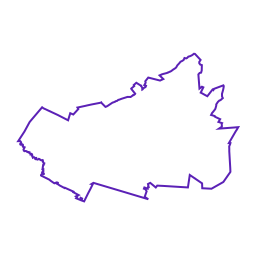 Ocampo, Coahuila, Mexico (Albers equal-area conic projection), rotated 268°
{"feature_id": "50627088B78546697072074", "entity_name": "Ocampo", "entity_type": "district", "adm_level": 2, "iso_a3": "MEX", "parent_name": "Mexico", "parent_adm1": "Coahuila", "projection": "albers", "projection_center": [-103.054, 28.057], "detail": "fine", "context": "isolated", "style": "outline", "palette": "violet", "viewbox_px": 256, "rotation_deg": 268, "n_neighbors": 0, "source": "geoboundaries", "source_scale": "gbopen_adm2", "svg_char_len": 5160}
<svg xmlns="http://www.w3.org/2000/svg" viewBox="0 0 256 256"><g transform="rotate(268 128 128)"><path d="M84.2,228.8L101.1,228.4L103.9,228.5L106.1,228.5L108.3,229.5L109.3,229.8L109.4,228.3L111.8,229.8L121.2,235.7L122.4,236.6L125.0,238.2L124.8,234.3L124.2,218.9L125.8,221.5L126.4,221.9L128.5,221.8L128.9,221.8L129.6,222.2L130.9,218.6L133.6,220.4L135.9,215.9L136.5,215.0L137.0,215.0L138.1,211.5L140.0,212.5L141.3,213.7L143.8,215.8L145.1,216.3L147.4,217.0L148.5,217.0L151.0,218.8L152.3,220.3L152.6,221.4L154.6,223.8L156.1,223.1L158.8,223.1L162.2,224.2L163.6,224.6L165.9,225.1L166.8,225.1L167.3,224.8L164.2,215.5L163.2,214.8L163.8,214.5L163.7,214.0L157.0,208.4L158.5,205.8L160.2,203.0L160.8,201.9L166.0,204.7L166.7,203.3L164.9,200.8L179.1,200.2L180.5,201.5L180.8,203.0L183.0,203.7L188.3,204.0L188.8,202.5L190.2,201.5L191.5,201.5L193.5,202.9L199.7,197.5L199.9,196.5L198.6,194.7L197.7,192.8L197.2,190.8L196.0,189.6L195.5,188.5L196.0,186.9L194.1,186.0L193.2,184.6L192.4,182.8L190.9,181.5L188.9,179.5L188.1,179.0L186.9,178.3L186.2,177.5L185.2,175.9L185.1,175.6L183.4,173.2L182.8,172.0L182.8,171.7L182.2,170.4L182.0,170.0L182.0,169.5L181.7,169.1L181.4,167.9L181.2,166.9L181.0,166.1L180.8,165.0L180.6,164.5L180.5,163.9L179.5,161.4L175.7,165.0L174.3,161.7L177.7,150.0L174.1,146.9L172.6,147.2L170.3,145.8L169.6,147.5L168.8,147.2L168.2,146.8L168.2,146.4L167.8,145.9L167.7,145.6L167.3,145.0L166.0,143.8L165.9,143.6L167.8,143.6L168.7,143.1L169.7,142.7L169.6,142.4L170.0,142.2L172.9,137.9L170.7,135.2L169.7,135.7L167.7,133.1L167.3,132.6L166.9,132.7L162.0,136.4L161.7,136.2L161.2,135.6L161.2,135.4L160.9,135.2L160.8,134.9L160.6,134.5L160.7,134.2L160.3,133.9L160.1,133.5L158.9,131.7L159.1,128.6L157.4,122.5L156.5,119.9L156.5,119.4L156.3,119.2L156.1,118.7L155.6,118.2L155.4,117.8L155.3,117.2L155.2,116.6L154.9,116.1L154.6,115.8L154.6,115.5L154.4,115.0L154.2,114.6L154.1,114.3L154.1,114.1L153.9,113.4L150.8,108.4L150.2,107.2L149.9,106.2L154.0,102.4L154.5,102.2L154.4,102.0L154.1,100.8L152.8,92.5L151.9,87.5L151.7,86.6L150.2,78.2L148.7,79.0L143.4,73.8L144.8,70.8L137.8,68.4L143.5,58.2L150.7,44.1L151.7,42.9L139.2,31.5L137.4,29.9L128.1,24.4L118.7,17.8L118.7,18.0L118.8,18.2L118.8,18.4L118.7,18.6L118.8,18.7L119.0,18.8L119.1,19.0L119.0,19.4L118.9,19.5L118.7,19.7L118.2,20.0L118.1,20.3L117.8,20.4L117.7,20.4L117.5,20.6L117.4,20.6L117.1,20.7L116.5,20.8L116.4,20.7L116.1,20.2L115.9,20.1L115.7,19.7L115.4,19.8L115.1,20.0L115.1,20.5L115.3,20.8L115.3,21.2L115.3,21.4L115.2,21.5L114.8,21.7L114.9,22.2L115.0,22.3L114.9,22.4L114.6,22.4L114.4,22.2L113.7,22.1L113.3,22.6L113.1,22.6L113.0,22.4L112.9,22.4L112.7,22.7L112.7,22.8L112.7,23.1L112.5,23.4L112.4,23.4L112.3,23.5L112.2,23.7L112.3,23.9L112.3,24.0L112.1,24.0L112.0,23.9L111.9,23.7L111.6,23.6L111.3,23.4L111.0,23.2L110.8,23.2L110.4,22.9L110.2,22.8L109.7,22.9L109.4,23.1L109.1,23.1L108.9,23.4L108.7,23.4L108.5,23.6L108.4,24.0L108.6,24.7L108.6,25.2L108.3,25.7L108.1,26.2L107.6,26.4L107.5,26.9L107.5,27.4L107.4,27.4L107.2,27.4L107.0,27.7L107.0,27.9L107.2,28.1L107.3,28.2L107.2,28.6L106.9,28.5L106.6,28.5L106.4,28.7L106.3,29.1L106.1,29.3L105.6,29.5L105.3,29.6L105.2,29.6L105.3,29.9L105.6,30.2L105.6,30.4L105.6,30.6L105.5,30.8L105.0,31.2L104.6,31.3L104.4,31.3L104.3,31.2L104.1,30.9L103.8,30.8L103.7,30.9L103.5,31.3L103.3,31.4L103.0,31.7L102.9,31.7L102.7,31.5L102.3,31.6L102.1,31.7L101.9,32.0L101.7,32.0L102.0,32.8L102.0,33.2L101.8,33.3L101.5,33.6L101.1,33.9L101.2,34.1L101.3,34.6L101.3,35.2L101.0,35.2L100.9,35.2L100.8,34.9L100.8,34.5L100.8,34.3L100.7,34.2L100.4,34.3L100.4,34.6L100.1,34.5L100.0,34.8L100.1,35.1L100.1,35.4L100.0,35.6L99.9,35.8L99.7,36.1L99.6,36.3L99.6,36.6L99.7,36.9L99.8,37.1L100.1,37.4L100.3,37.7L100.2,38.1L100.0,38.6L99.9,38.7L99.6,38.8L99.4,39.0L98.7,40.2L98.7,40.4L98.8,40.6L98.8,40.8L99.0,41.2L98.9,41.4L98.8,41.7L98.6,41.7L98.2,41.7L98.1,41.8L97.9,41.9L97.7,41.8L97.5,41.7L97.4,41.7L97.2,41.7L96.5,42.3L95.9,42.5L95.7,42.9L95.5,42.7L95.2,42.6L94.9,42.8L94.7,42.6L94.8,42.3L94.4,42.0L94.2,42.0L94.1,42.3L93.9,42.3L93.8,42.0L93.5,41.8L92.8,41.7L92.7,41.7L92.1,41.5L91.8,41.4L91.3,41.5L91.0,41.4L90.8,41.3L90.4,41.5L90.2,41.7L89.9,41.1L89.7,41.0L89.4,41.3L89.0,41.6L89.0,41.8L88.9,41.9L88.7,41.9L87.9,42.0L87.8,41.9L87.8,41.6L87.6,41.4L87.5,41.2L87.3,41.2L87.2,41.1L86.9,40.8L86.6,40.6L86.3,40.8L86.3,41.0L86.2,41.4L85.9,41.9L85.6,42.1L85.5,42.3L85.2,42.3L84.9,42.3L84.8,42.2L84.8,41.9L85.2,41.8L85.3,41.5L85.3,41.2L85.0,40.2L84.8,40.0L84.6,39.9L84.3,39.7L84.2,39.6L83.9,39.6L83.8,39.4L83.6,39.4L83.2,39.9L83.2,40.0L79.1,47.6L78.0,48.8L75.4,52.3L75.3,52.6L75.5,53.0L75.7,53.4L75.7,53.6L75.8,54.0L76.1,54.7L76.1,55.0L75.9,55.7L75.8,55.9L75.6,56.1L75.3,56.0L74.8,55.0L73.7,56.8L73.1,57.5L70.2,62.5L70.5,62.8L66.3,71.3L65.8,71.0L62.7,76.3L61.5,73.6L60.7,74.7L59.6,73.7L57.9,77.5L59.9,78.2L59.1,79.7L57.2,79.1L56.2,81.6L64.2,85.9L68.4,88.3L73.0,90.8L73.3,89.6L74.4,91.5L64.7,120.4L56.1,145.8L58.6,142.3L64.1,144.4L66.3,143.2L66.8,141.8L68.0,142.3L67.4,143.9L66.6,145.6L69.0,146.1L68.8,146.5L71.3,146.0L72.4,148.3L67.6,153.7L69.4,155.2L68.8,162.1L66.5,185.8L78.9,188.1L70.1,200.1L65.2,200.1L64.4,209.3L70.7,221.4L73.1,223.2L77.1,226.2L80.0,228.4L80.6,228.8L84.2,228.8Z" fill="none" stroke="#5b21b6" stroke-width="2"/></g></svg>